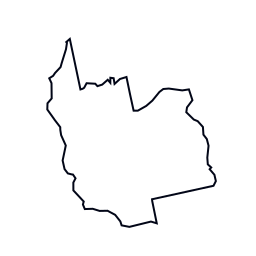 outline of Solano, California, United States of America, rotated 78°
{"feature_id": "52423323B43221954300759", "entity_name": "Solano", "entity_type": "district", "adm_level": 2, "iso_a3": "USA", "parent_name": "United States of America", "parent_adm1": "California", "projection": "robinson", "projection_center": [-122.002, 38.285], "detail": "fine", "context": "isolated", "style": "outline", "palette": "ink", "viewbox_px": 256, "rotation_deg": 78, "n_neighbors": 0, "source": "geoboundaries", "source_scale": "gbopen_adm2", "svg_char_len": 1095}
<svg xmlns="http://www.w3.org/2000/svg" viewBox="0 0 256 256"><g transform="rotate(78 128 128)"><path d="M102.9,60.4L102.5,67.1L97.9,79.9L97.2,85.4L99.3,89.8L106.3,98.5L110.2,105.6L113.1,114.8L112.2,118.9L95.4,119.0L77.8,118.9L78.4,125.7L82.1,132.0L76.3,131.7L75.2,134.8L80.1,135.9L76.6,137.8L80.2,144.2L80.7,149.2L77.9,150.8L75.6,159.2L79.5,162.5L80.2,164.2L80.4,166.5L28.8,166.4L31.1,170.5L32.0,170.0L38.1,172.3L50.6,179.3L54.4,181.3L59.0,187.9L61.4,190.4L63.0,194.7L68.2,193.5L83.2,196.5L87.1,201.6L93.1,203.1L103.7,198.5L104.7,198.1L113.1,194.1L115.7,194.6L121.1,194.9L132.2,192.5L146.2,198.7L155.0,198.6L159.9,196.3L161.6,192.9L162.1,191.5L166.3,189.8L170.0,192.8L177.7,194.4L190.7,186.6L193.5,188.0L198.3,187.1L199.7,179.3L203.2,173.0L204.7,165.2L210.3,158.6L217.8,154.9L221.9,154.5L225.0,147.2L224.3,125.0L227.2,119.7L204.5,119.5L202.7,119.3L202.3,56.4L198.2,53.1L191.7,53.2L185.3,56.7L183.9,54.8L180.2,57.5L173.5,56.6L162.1,52.9L155.2,53.2L150.2,55.6L142.6,54.5L135.8,58.4L133.4,61.9L124.7,67.7L120.1,66.0L114.2,59.2L102.9,60.4Z" fill="none" stroke="#020617" stroke-width="2"/></g></svg>